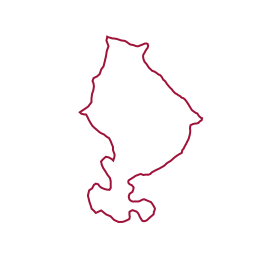 outline of Lachin District, Laçın, Azerbaijan, rotated 62°
{"feature_id": "54616110B46945931752574", "entity_name": "Lachin District", "entity_type": "district", "adm_level": 2, "iso_a3": "AZE", "parent_name": "Azerbaijan", "parent_adm1": "Laçın", "projection": "orthographic", "projection_center": [46.409, 39.71], "detail": "fine", "context": "isolated", "style": "outline", "palette": "rose", "viewbox_px": 256, "rotation_deg": 62, "n_neighbors": 0, "source": "geoboundaries", "source_scale": "gbopen_adm2", "svg_char_len": 3018}
<svg xmlns="http://www.w3.org/2000/svg" viewBox="0 0 256 256"><g transform="rotate(62 128 128)"><path d="M37.7,103.5L40.7,106.0L46.6,106.8L50.1,110.6L54.1,113.6L57.8,116.8L62.1,120.7L63.6,124.0L67.1,127.7L67.9,131.0L67.8,135.0L69.9,137.3L72.0,137.4L75.0,138.4L78.3,140.8L80.9,143.6L84.8,146.4L88.1,148.2L89.5,151.3L90.3,152.8L90.5,153.9L90.9,157.1L91.1,159.8L91.5,163.2L93.5,162.5L95.3,160.5L96.4,158.7L98.9,158.6L102.4,158.8L105.2,158.7L109.1,158.5L112.2,157.5L115.5,156.2L118.3,155.1L120.4,153.9L122.3,152.3L125.8,150.9L127.9,149.5L131.6,149.5L134.9,149.9L137.6,150.1L140.3,151.6L145.2,152.3L147.2,153.6L149.8,156.3L147.9,156.9L144.9,158.8L143.0,161.1L143.9,164.8L144.9,167.5L148.1,168.4L151.5,168.7L155.8,168.3L159.7,168.1L163.5,167.4L166.8,168.2L170.3,170.1L172.7,171.3L173.9,173.4L172.2,175.9L170.7,177.5L168.3,179.5L166.2,180.4L163.6,180.8L162.0,182.6L162.3,184.9L164.5,188.1L164.8,191.5L165.3,192.0L168.8,195.1L175.4,196.8L178.8,197.3L182.2,198.0L185.0,197.0L187.9,196.3L188.2,190.4L194.2,187.8L197.7,184.9L202.5,183.5L206.4,180.6L206.5,180.4L208.3,177.1L208.8,174.4L209.0,171.3L209.0,169.5L207.2,168.1L205.4,167.5L204.2,166.9L202.7,166.0L202.6,163.9L202.7,162.5L204.5,160.9L206.1,159.5L209.0,159.0L211.7,159.3L214.1,159.2L216.8,158.9L217.8,157.7L218.3,155.7L218.3,155.0L218.3,154.5L217.5,151.5L217.0,149.5L216.5,147.0L216.0,145.7L214.3,144.6L212.9,142.9L211.7,142.0L208.9,142.0L206.0,142.2L204.0,142.6L202.0,144.4L200.7,145.4L198.5,147.2L198.1,148.3L198.0,150.1L198.0,152.0L197.8,153.2L196.8,155.1L196.2,156.1L195.5,157.8L194.3,159.2L192.7,160.1L191.3,160.2L188.8,159.5L187.0,157.7L186.6,155.9L186.5,154.1L184.9,152.3L183.1,150.9L180.2,151.5L178.7,152.8L177.0,153.4L175.4,152.9L174.5,152.0L174.1,146.3L173.8,144.0L174.2,140.4L174.6,138.3L176.7,136.5L177.6,134.0L178.8,132.0L179.1,129.9L178.4,128.1L178.3,125.7L178.3,122.8L178.5,119.5L178.4,116.8L178.4,114.5L178.1,112.8L177.4,110.6L177.2,108.9L177.2,108.3L177.1,105.9L176.3,102.6L175.9,100.9L175.8,100.6L175.4,97.7L175.2,94.6L175.2,92.2L173.2,90.6L172.3,88.5L171.0,86.8L170.1,85.4L169.1,83.8L167.7,82.0L167.0,80.8L165.6,79.1L164.1,77.7L161.9,75.7L160.6,74.9L159.3,74.1L157.5,73.5L156.1,72.5L154.9,71.5L155.0,68.9L155.5,66.9L156.2,65.4L156.6,63.4L156.3,62.9L155.9,61.7L155.7,59.3L154.1,58.0L153.4,58.7L152.3,59.2L150.6,59.8L147.7,60.0L146.6,61.0L144.1,62.3L142.1,63.2L138.8,63.4L134.9,63.6L132.0,63.9L129.2,64.4L127.4,65.3L126.3,66.5L124.4,67.0L122.8,68.1L120.7,69.1L119.6,70.0L117.8,70.5L116.1,71.0L114.5,71.1L112.8,71.7L111.0,72.2L109.8,72.4L107.8,72.9L105.2,73.1L103.5,73.4L101.9,74.2L100.1,74.2L98.1,74.3L96.0,75.0L95.1,76.0L93.5,76.6L91.9,77.4L90.6,78.2L88.7,79.9L86.7,80.5L85.0,81.1L83.2,81.4L80.8,81.5L78.7,82.0L76.8,82.3L74.0,81.9L71.7,81.0L70.4,80.0L69.4,78.2L68.3,76.6L67.3,75.0L66.6,73.3L65.1,71.7L63.1,71.2L62.1,71.9L61.3,73.7L61.2,75.4L60.9,78.0L60.6,80.8L59.5,82.4L57.5,84.1L55.3,86.8L53.5,87.8L51.5,88.7L49.6,89.9L47.3,93.1L45.3,94.9L43.1,97.3L41.5,99.8L39.7,101.6L38.1,103.3L37.7,103.5Z" fill="none" stroke="#9f1239" stroke-width="2"/></g></svg>